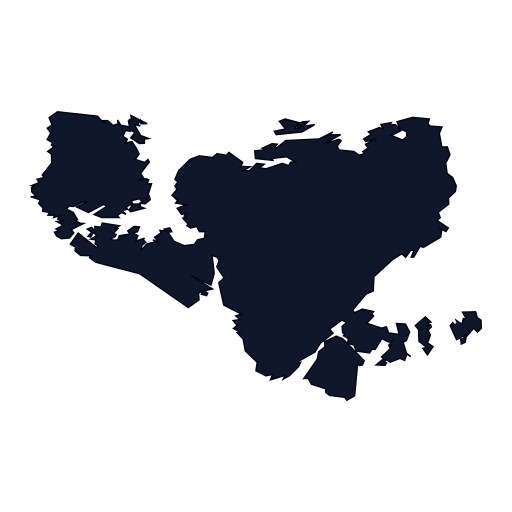 the district of Tysnes nor, Hordaland, Norway
{"feature_id": "86288312B12130707961185", "entity_name": "Tysnes nor", "entity_type": "district", "adm_level": 2, "iso_a3": "NOR", "parent_name": "Norway", "parent_adm1": "Hordaland", "projection": "equal_earth", "projection_center": [5.536, 59.979], "detail": "fine", "context": "isolated", "style": "filled", "palette": "ink", "viewbox_px": 512, "rotation_deg": 0, "n_neighbors": 0, "source": "geoboundaries", "source_scale": "gbopen_adm2", "svg_char_len": 6056}
<svg xmlns="http://www.w3.org/2000/svg" viewBox="0 0 512 512"><path d="M412.7,117.4L397.1,121.7L399.4,127.7L406.7,132.1L406.8,136.5L402.7,140.1L391.4,135.5L401.1,130.6L395.6,124.8L389.7,124.5L391.1,122.7L380.9,124.5L383.2,129.1L379.4,127.6L368.4,131.8L371.3,134.5L363.6,138.9L365.8,141.5L376.8,138.8L365.5,144.2L368.0,148.1L362.8,151.5L364.7,153.5L360.3,154.9L362.0,156.3L361.6,157.0L353.8,151.5L339.1,150.0L337.2,146.3L341.1,140.7L338.9,139.3L323.8,144.0L340.6,134.7L328.8,134.9L332.9,132.0L319.1,139.0L285.7,140.6L276.7,147.9L274.8,147.1L277.1,144.2L272.1,143.7L262.3,148.2L265.6,149.7L254.8,150.9L255.4,158.5L272.9,160.3L272.0,158.4L286.7,156.8L295.5,161.9L290.8,162.1L288.6,165.6L282.3,163.4L266.2,168.8L259.4,168.0L264.1,164.3L256.7,163.4L249.3,170.9L243.4,170.6L250.0,166.8L240.9,166.4L242.6,162.4L228.9,152.4L226.4,155.3L217.0,153.7L212.6,157.5L199.3,155.9L190.2,159.3L178.7,170.6L175.0,179.4L177.9,182.0L175.0,186.0L177.0,189.4L172.0,195.2L177.7,200.6L175.6,203.0L186.0,204.8L177.2,208.3L181.5,214.3L186.2,213.4L184.2,216.1L186.3,217.1L182.8,218.2L188.2,224.0L186.9,225.7L190.7,228.0L196.6,226.4L199.5,231.6L205.3,231.7L204.3,238.4L197.6,239.8L194.3,244.4L184.3,245.7L173.9,241.3L167.9,232.2L171.7,231.7L169.8,227.9L164.2,229.2L165.9,231.0L160.0,230.5L161.1,232.9L154.6,237.3L159.1,242.6L153.0,239.8L155.2,242.1L147.1,243.8L141.2,250.1L141.8,245.5L145.9,242.3L143.0,239.8L144.5,238.2L135.7,241.1L137.9,235.7L132.8,232.9L137.5,231.7L139.4,226.9L134.3,226.4L127.8,230.9L130.0,234.1L119.4,235.7L117.6,240.0L112.9,240.1L110.8,239.0L115.2,236.5L116.1,234.5L113.2,233.6L117.6,228.7L114.9,228.7L119.4,225.8L102.3,223.1L100.8,227.2L94.9,226.5L95.1,231.2L91.7,227.4L87.3,229.1L91.7,232.1L88.0,236.3L90.5,237.0L93.5,232.0L96.6,235.9L90.7,239.1L95.7,239.8L95.2,243.9L98.1,245.9L96.6,247.7L78.2,233.1L70.4,244.1L75.7,247.2L75.0,250.8L80.6,255.4L90.4,255.7L89.6,257.6L95.7,262.2L139.6,273.7L188.3,307.5L199.0,299.8L198.5,292.9L203.2,291.4L201.4,294.2L206.6,295.6L207.7,293.1L204.0,290.8L212.5,289.0L191.0,275.5L210.9,285.1L214.2,273.2L212.0,255.3L217.4,257.3L219.2,260.6L216.8,266.9L224.1,277.9L218.8,282.7L223.8,305.1L241.4,314.1L235.8,315.9L240.1,319.6L233.2,320.6L237.1,325.4L233.5,328.5L239.6,331.5L237.1,332.5L243.2,339.1L245.3,350.8L257.2,362.3L256.0,370.8L266.0,375.8L272.7,374.4L270.5,379.8L285.1,375.4L283.3,379.1L289.8,375.4L298.7,366.4L300.4,362.5L296.2,364.6L299.2,360.9L314.8,352.1L320.3,343.3L333.0,333.2L329.6,329.0L341.9,320.1L346.7,322.4L342.2,326.4L342.6,332.8L344.9,333.6L343.4,335.7L348.4,338.6L347.6,343.3L354.0,345.0L356.3,351.0L369.5,352.9L372.2,348.9L375.1,349.4L381.8,338.6L388.9,342.1L392.0,340.7L389.8,344.3L391.7,346.6L389.0,345.4L390.3,348.7L381.6,356.8L383.6,358.8L376.1,364.9L385.1,365.3L386.5,362.8L384.0,361.5L386.4,359.8L390.3,362.1L400.0,358.3L404.6,360.4L406.9,354.1L410.8,356.7L406.4,353.1L403.1,342.2L406.3,340.6L409.6,332.1L405.5,324.1L396.5,323.5L399.2,334.4L388.7,333.0L386.3,326.8L381.7,328.2L366.7,323.3L373.6,316.0L371.6,314.0L373.6,311.6L362.4,309.1L354.3,312.8L352.7,310.0L366.1,294.0L373.2,290.9L373.9,276.7L392.8,259.4L401.7,253.8L405.7,257.2L410.7,250.3L414.0,250.4L411.3,257.1L413.7,257.1L420.0,246.4L423.7,247.2L440.6,237.2L441.8,229.6L439.1,228.0L446.0,231.5L448.3,228.0L437.0,220.4L440.2,217.7L438.2,212.3L448.7,204.1L448.4,198.0L455.4,191.4L456.2,185.8L452.6,177.5L447.1,173.5L445.7,163.1L449.9,154.9L447.3,146.9L441.8,147.0L439.3,133.3L442.0,127.0L430.0,126.1L427.8,123.5L429.4,119.0L412.7,117.4ZM57.5,111.8L49.1,117.7L52.1,124.8L47.3,128.2L50.8,133.0L47.2,139.6L52.5,142.6L51.4,145.0L54.0,146.9L47.7,151.4L51.5,154.1L51.7,163.1L42.3,175.0L44.1,177.5L37.1,179.3L39.2,182.6L31.4,185.7L33.9,186.6L31.6,187.8L31.8,191.9L36.1,196.3L30.7,196.7L40.2,199.8L38.7,203.5L43.0,207.9L42.7,211.3L49.7,212.4L48.0,215.2L54.6,215.2L53.7,217.5L59.3,215.9L57.8,219.2L63.9,221.3L56.9,221.6L63.4,225.1L56.0,229.0L59.1,230.9L54.5,232.2L56.5,235.9L61.3,238.7L69.5,237.9L73.8,232.9L71.2,229.6L83.6,223.5L73.2,222.8L77.8,222.0L74.6,220.6L77.5,219.7L73.2,212.4L66.4,209.0L69.2,205.9L73.3,206.5L82.3,202.4L84.5,201.7L87.2,202.1L76.6,206.9L88.4,212.5L103.6,204.4L106.9,206.2L94.1,214.5L101.8,217.5L119.1,217.5L117.3,215.4L121.8,212.5L126.0,214.3L121.8,210.4L127.7,209.3L126.1,207.3L130.2,204.7L132.4,204.7L129.1,210.2L130.6,211.7L144.3,208.2L140.1,206.7L140.5,204.2L132.3,204.0L131.7,200.6L139.5,198.7L142.1,202.0L140.4,202.9L144.9,203.9L150.2,199.6L149.3,195.8L147.0,197.9L151.5,183.8L147.0,183.9L148.7,179.9L146.4,178.7L137.4,180.4L143.8,178.4L140.6,173.3L149.2,162.1L148.0,159.6L144.6,162.5L135.2,159.4L139.1,154.0L136.5,148.7L131.9,141.6L125.5,143.0L127.3,139.2L122.9,136.4L125.5,130.5L130.0,131.2L129.4,126.9L120.8,125.3L117.6,120.0L118.1,123.8L113.1,125.5L107.7,120.7L102.3,120.7L105.1,122.8L103.3,122.7L97.5,116.2L57.5,111.8ZM336.4,336.2L324.7,341.6L324.9,346.8L318.7,351.8L317.3,359.2L303.8,378.6L308.1,378.3L311.5,384.2L325.8,388.8L325.8,392.5L329.7,395.4L344.7,397.3L346.8,400.2L354.6,395.8L357.5,364.6L358.5,362.5L359.3,365.5L362.3,365.0L364.2,360.8L343.0,339.0L336.4,336.2ZM475.6,311.8L462.5,312.2L466.3,318.8L463.3,318.6L462.0,324.2L456.2,320.3L457.4,323.1L454.6,325.2L452.8,322.6L450.2,325.7L456.6,339.6L466.5,334.5L463.2,336.5L465.2,338.3L460.7,339.2L461.3,344.0L465.2,342.2L466.0,337.1L473.7,328.1L477.5,332.1L481.3,328.3L481.0,320.2L477.2,317.6L475.6,311.8ZM425.4,316.9L415.3,325.6L418.6,329.7L419.0,341.3L426.7,347.4L422.9,348.4L427.4,354.8L433.0,346.6L427.5,342.9L430.4,334.9L428.0,330.2L431.3,327.0L430.5,324.7L426.9,323.5L429.6,325.6L426.9,325.7L426.4,323.0L430.8,322.1L425.4,316.9ZM285.1,119.0L279.4,121.3L285.6,129.0L274.3,131.3L276.3,134.6L302.0,131.9L314.8,124.6L303.1,126.3L308.4,121.4L302.3,121.9L298.1,124.3L297.5,127.5L300.8,126.6L299.0,128.6L295.1,128.6L297.1,124.3L299.0,123.4L299.2,122.7L285.1,119.0ZM147.1,123.7L130.9,115.5L131.6,118.5L129.1,120.1L131.7,121.6L128.5,121.5L130.3,130.0L135.0,132.6L130.8,137.8L139.4,143.5L144.4,143.2L144.4,139.2L148.7,138.5L140.7,135.6L134.3,124.6L140.2,126.0L137.8,124.4L140.2,120.3L140.9,123.7L147.1,123.7Z" fill="#0f172a" stroke="#020617" stroke-width="1.5"/></svg>